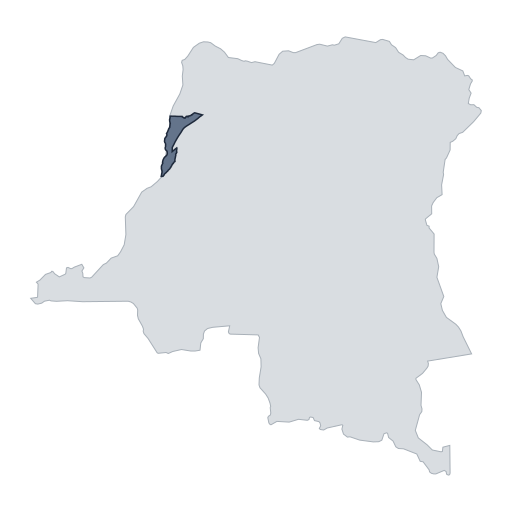 location of Bomongo, Équateur, Democratic Republic of the Congo
{"feature_id": "63176286B36806520086654", "entity_name": "Bomongo", "entity_type": "district", "adm_level": 2, "iso_a3": "COD", "parent_name": "Democratic Republic of the Congo", "parent_adm1": "Équateur", "projection": "albers", "projection_center": [18.302, 0.781], "detail": "fine", "context": "in_parent", "style": "filled", "palette": "slate", "viewbox_px": 512, "rotation_deg": 0, "n_neighbors": 0, "source": "geoboundaries", "source_scale": "gbopen_adm2", "svg_char_len": 7573}
<svg xmlns="http://www.w3.org/2000/svg" viewBox="0 0 512 512"><path d="M471.6,353.9L427.6,361.1L428.4,363.5L428.1,366.1L426.9,368.1L422.5,373.4L415.9,378.3L415.9,379.5L419.3,384.9L421.5,392.3L421.0,405.4L422.0,408.9L421.8,411.6L419.6,414.7L415.3,430.4L418.3,437.9L427.2,444.9L432.3,450.0L441.0,451.8L442.4,451.5L442.9,447.2L449.8,445.4L450.1,473.1L449.6,474.7L448.3,475.1L446.6,474.2L446.1,471.5L444.2,470.4L435.9,473.9L433.7,473.9L431.4,473.3L429.6,471.9L429.1,469.8L423.1,461.8L420.2,461.3L416.8,454.0L403.5,448.8L398.4,448.5L395.8,446.8L393.1,441.1L388.6,437.5L387.6,433.4L386.7,432.8L384.0,433.7L381.8,440.2L378.8,441.7L373.3,441.9L359.7,440.1L350.0,436.8L347.4,437.1L343.5,434.1L341.9,429.1L342.8,425.3L342.0,424.7L327.2,428.0L323.7,430.0L320.3,429.5L319.3,428.5L320.7,425.8L320.0,422.9L318.9,421.6L314.5,420.6L313.1,417.5L310.4,417.0L309.5,417.5L308.9,419.6L307.3,420.3L298.5,419.3L289.2,422.1L276.9,421.4L271.1,424.7L270.2,424.6L268.9,423.0L267.8,417.7L268.4,416.3L270.2,415.2L270.8,413.1L270.2,407.6L270.7,406.3L270.0,403.1L268.2,398.1L265.6,394.0L260.0,387.8L259.0,384.9L259.3,377.9L261.1,366.9L260.9,358.8L258.6,353.4L258.1,347.7L259.5,337.4L258.1,334.9L230.1,334.1L229.0,333.3L228.4,331.9L229.7,325.8L212.7,327.3L207.6,328.5L204.5,331.0L203.4,334.2L203.3,338.7L200.8,342.9L200.0,350.2L195.3,351.0L190.6,351.0L181.5,349.5L172.7,351.5L168.3,353.5L166.1,352.5L158.1,353.3L157.1,352.7L148.0,338.4L144.0,333.7L143.2,331.3L143.5,329.1L142.4,326.1L138.3,318.8L137.5,315.3L137.7,310.0L137.2,308.2L133.4,303.5L130.9,302.0L128.1,301.2L82.6,301.7L67.5,300.7L56.6,301.3L51.0,300.9L49.5,300.2L44.4,301.2L41.8,303.1L37.8,304.1L35.4,303.7L30.7,298.3L37.2,297.4L37.6,296.9L38.1,284.1L36.4,282.2L39.9,280.1L45.5,274.4L50.9,272.5L51.6,271.3L52.8,271.4L54.7,273.8L59.3,276.9L65.2,274.2L65.8,273.4L66.5,267.9L68.0,267.4L70.5,268.6L71.9,268.6L74.4,267.1L81.8,264.3L83.9,267.9L81.9,271.0L82.8,273.3L83.0,276.8L84.2,277.6L90.0,278.0L91.7,277.2L103.3,264.6L106.4,263.1L111.2,258.1L117.7,255.8L120.5,251.9L124.2,244.8L125.9,234.6L125.3,216.9L125.9,214.5L133.6,206.6L141.7,192.1L147.1,188.3L151.1,186.8L157.4,181.5L162.3,176.1L161.7,169.7L162.8,164.4L165.5,157.6L166.4,150.4L165.5,142.9L165.9,136.7L169.6,126.8L169.9,115.5L173.2,106.0L179.8,94.0L182.9,85.0L182.3,76.1L183.1,69.6L182.8,65.8L181.6,62.4L182.2,60.3L184.7,59.5L187.8,56.1L193.4,47.4L199.3,43.2L203.5,41.8L207.9,42.0L210.7,42.7L215.3,46.1L220.6,48.8L224.5,52.2L228.4,57.5L237.8,58.7L241.8,60.6L244.2,61.3L245.1,60.8L247.1,61.1L251.5,62.6L255.0,61.7L272.3,65.1L274.3,63.4L279.1,54.3L282.7,51.2L288.6,50.8L293.2,52.6L295.7,52.6L316.9,44.6L319.7,44.2L327.4,46.1L332.4,44.8L334.4,45.2L338.8,43.8L342.3,38.3L345.2,36.9L375.8,42.6L380.4,39.7L382.6,39.4L389.4,41.4L391.5,44.8L395.6,47.6L398.6,52.3L403.1,55.0L405.5,57.5L408.1,59.2L413.7,59.8L420.7,55.5L425.7,55.8L430.7,58.1L432.4,58.0L436.2,55.5L438.2,52.8L440.1,52.2L443.0,53.3L445.5,55.8L447.6,59.4L455.4,67.5L462.8,70.9L464.7,75.9L467.4,75.4L468.7,75.8L470.7,78.9L472.0,79.6L472.3,80.9L470.5,83.9L468.8,89.6L471.1,93.1L469.2,98.2L468.3,103.5L470.7,104.8L473.9,104.7L476.7,107.3L478.9,107.7L481.3,110.6L480.8,113.1L473.6,121.7L462.7,132.3L459.0,133.6L457.2,135.6L455.8,138.7L452.7,141.3L450.2,142.4L450.1,150.0L446.5,157.9L445.1,159.5L443.2,172.3L443.6,174.5L441.6,184.9L442.1,194.6L436.8,197.7L433.2,202.5L431.6,205.9L431.7,213.8L425.7,218.7L425.3,219.7L426.9,225.3L429.1,226.2L429.1,228.0L434.1,234.0L434.0,252.3L434.3,254.1L436.9,258.4L438.7,266.7L436.9,277.3L443.8,296.5L440.8,303.6L442.4,310.4L446.4,317.4L455.9,324.3L458.5,327.1L460.9,330.9L463.2,336.9L471.6,353.9Z" fill="#d9dde1" stroke="#a8b0b8" stroke-width="1"/><path d="M170.6,167.6L170.8,167.3L171.0,166.9L171.0,166.7L171.3,166.2L171.6,165.9L171.8,165.6L171.9,165.1L172.0,164.8L172.4,164.4L172.4,164.2L172.5,164.0L172.6,163.9L172.8,163.7L173.0,163.7L173.3,163.4L173.3,163.1L173.6,162.9L173.7,162.7L173.8,162.6L173.8,162.4L174.0,162.2L174.5,161.7L174.9,161.6L175.0,161.5L175.0,161.1L174.9,160.9L174.8,160.7L174.9,160.4L174.9,159.7L175.1,158.4L175.2,158.2L175.3,157.8L175.4,157.5L175.3,157.2L175.4,156.8L175.6,156.3L175.8,155.2L175.7,154.8L175.7,154.6L175.7,154.4L175.7,154.2L175.8,154.1L175.9,153.9L176.0,153.8L176.0,153.5L176.1,153.4L176.3,153.3L176.3,153.1L176.5,152.9L176.6,152.6L176.7,152.4L176.8,152.3L176.7,152.1L176.6,151.7L176.6,151.3L176.7,151.2L176.6,150.9L176.6,150.6L176.6,150.1L176.8,149.5L176.8,149.3L176.8,149.0L176.8,148.3L176.9,148.1L176.8,147.9L176.7,148.0L176.2,148.3L176.0,148.5L175.8,148.6L175.1,149.2L175.0,149.3L174.8,149.4L172.2,151.6L172.3,147.4L174.1,144.0L175.0,142.1L177.2,138.2L178.8,135.6L180.8,132.7L182.5,129.9L183.1,129.0L184.4,127.6L186.3,126.2L188.2,125.0L189.5,124.2L190.7,123.4L193.4,121.7L194.5,121.0L197.8,118.5L199.7,116.8L200.8,116.1L202.4,114.9L199.2,114.0L194.7,112.8L194.4,113.0L194.1,113.1L193.5,113.4L193.3,113.5L193.2,113.6L192.9,113.9L192.8,114.1L192.7,114.1L192.5,114.3L192.4,114.4L192.3,114.6L192.1,114.6L191.9,114.7L191.6,114.7L191.5,114.9L191.6,115.0L191.1,115.2L190.9,115.3L190.8,115.5L190.6,115.5L190.4,115.6L190.1,115.7L190.0,115.8L189.9,115.8L189.7,115.8L189.4,115.9L189.3,116.0L189.1,116.0L188.8,116.1L188.6,116.2L188.5,116.3L188.4,116.2L188.3,116.3L188.2,116.4L187.9,116.4L187.6,116.4L187.6,116.5L187.5,116.4L187.4,116.4L187.2,116.3L186.9,116.4L186.6,116.5L186.6,116.4L186.4,116.5L186.2,116.5L186.0,116.9L186.0,117.0L185.6,117.2L185.6,117.3L185.4,117.6L185.3,117.9L185.2,117.9L185.1,118.0L184.9,118.1L184.7,118.0L184.4,118.1L184.1,118.0L184.0,117.8L183.9,117.8L183.9,117.7L183.6,117.6L183.4,117.5L183.3,117.4L183.2,117.4L182.9,117.3L182.7,117.1L182.4,117.0L182.4,116.8L182.4,116.7L182.2,116.4L181.9,116.4L181.5,116.4L181.0,116.4L180.3,116.4L179.3,116.4L177.8,116.4L175.7,116.3L175.1,116.2L172.1,116.2L170.6,116.1L170.2,116.2L170.3,116.6L170.2,116.7L170.0,117.0L170.1,117.5L170.0,118.2L169.8,118.7L169.8,119.2L169.6,119.4L169.6,120.1L169.6,120.5L169.7,121.0L169.7,121.4L169.7,121.5L169.9,121.9L169.9,122.1L170.1,122.8L170.3,123.5L170.2,123.8L170.0,124.0L170.0,124.5L170.1,124.9L170.0,125.3L169.9,125.5L169.9,125.8L169.9,126.3L169.7,126.7L169.8,127.2L169.7,127.3L169.6,127.6L169.1,128.2L168.9,128.6L168.8,128.8L168.6,129.0L168.5,129.4L168.4,129.6L168.4,129.9L168.3,130.1L168.2,130.2L167.9,131.0L167.6,131.5L167.5,132.0L166.5,133.6L166.8,134.1L166.8,134.3L166.9,134.8L166.9,135.1L166.8,135.5L166.5,136.2L166.5,136.3L166.2,136.8L165.4,137.5L165.0,138.3L164.9,138.4L164.9,138.8L164.7,139.0L164.7,139.6L164.7,140.0L164.6,140.4L164.5,141.0L164.5,141.4L164.9,142.6L165.1,142.8L165.3,143.1L165.4,143.3L165.5,143.6L165.5,143.9L165.5,144.2L165.7,144.8L165.5,145.7L165.6,146.4L165.5,146.8L165.4,147.0L165.2,147.5L165.2,148.7L165.3,149.1L165.5,149.6L165.8,150.0L166.7,150.9L166.9,151.0L167.1,151.4L167.1,151.6L167.2,152.1L167.3,153.5L167.2,153.7L167.2,154.0L167.1,154.5L166.8,155.1L166.4,155.5L165.7,156.3L165.2,156.7L164.8,157.0L164.5,157.3L164.0,158.0L163.8,158.5L163.5,159.0L163.1,159.8L162.9,160.6L162.7,161.3L162.6,161.9L162.6,162.2L162.5,162.7L162.8,163.1L162.2,164.4L162.0,164.8L161.7,165.4L161.4,166.2L161.4,166.9L161.4,167.6L161.5,167.8L161.4,168.3L161.4,168.7L161.6,169.6L161.9,170.4L161.9,170.5L162.0,170.7L162.0,171.0L162.1,172.1L162.0,172.5L161.8,173.4L161.7,173.6L161.5,175.0L161.3,175.9L161.2,176.4L161.7,176.5L162.7,176.3L163.0,176.3L163.6,175.5L163.9,175.3L164.2,174.5L164.6,174.0L164.6,173.9L165.4,173.2L165.7,173.0L166.2,172.5L166.5,172.2L167.1,171.5L167.6,171.2L167.8,171.0L168.0,170.5L168.1,170.3L168.7,169.8L169.1,169.4L169.4,169.2L169.5,169.1L169.7,168.9L170.1,168.2L170.4,167.7L170.6,167.6Z" fill="#64748b" stroke="#1e293b" stroke-width="1.5"/></svg>